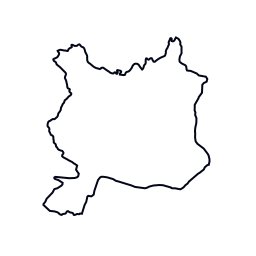 Concepción Las Minas, Chiquimula, Guatemala, rotated 101°
{"feature_id": "79465075B28925037655820", "entity_name": "Concepción Las Minas", "entity_type": "district", "adm_level": 2, "iso_a3": "GTM", "parent_name": "Guatemala", "parent_adm1": "Chiquimula", "projection": "mercator", "projection_center": [-89.467, 14.489], "detail": "fine", "context": "isolated", "style": "outline", "palette": "ink", "viewbox_px": 256, "rotation_deg": 101, "n_neighbors": 0, "source": "geoboundaries", "source_scale": "gbopen_adm2", "svg_char_len": 5822}
<svg xmlns="http://www.w3.org/2000/svg" viewBox="0 0 256 256"><g transform="rotate(101 128 128)"><path d="M65.7,211.8L66.7,211.0L67.1,210.3L67.6,209.9L68.3,209.8L69.0,209.8L69.8,210.0L70.5,210.3L71.1,210.5L71.6,210.7L72.4,211.4L73.9,213.3L74.1,213.8L74.7,214.4L75.2,214.3L75.9,213.9L76.3,213.5L76.6,212.8L76.9,212.0L77.4,211.2L78.3,210.7L78.8,210.4L79.3,210.1L79.5,209.6L79.8,209.1L81.2,206.4L82.0,205.2L83.6,202.9L84.7,201.3L85.1,200.6L86.0,199.5L86.9,199.2L87.9,199.2L89.9,199.6L90.7,199.5L91.5,199.1L93.1,197.9L93.7,197.6L96.7,196.3L97.4,196.0L99.0,195.5L99.6,195.3L100.4,194.7L100.7,193.7L100.8,193.0L101.2,192.5L102.0,192.5L102.6,192.7L103.2,192.5L103.9,192.0L104.2,191.5L104.5,190.8L105.1,190.2L105.6,190.2L106.2,190.3L106.8,190.6L107.7,191.5L108.5,192.3L109.0,192.6L111.2,193.8L111.7,194.3L112.4,194.9L113.1,195.4L114.0,195.5L115.0,195.6L115.4,195.7L116.3,196.2L116.9,196.6L117.5,196.8L118.4,196.9L119.2,197.1L120.0,197.4L120.8,197.6L121.9,197.6L122.3,197.5L123.4,197.6L124.7,198.0L126.2,198.8L126.6,199.0L127.4,199.2L129.0,199.2L129.5,199.3L130.1,199.4L130.7,199.7L132.7,201.3L133.3,201.8L133.5,202.7L133.5,203.4L134.8,205.0L135.5,205.4L136.1,206.3L136.6,207.0L137.2,207.3L137.7,207.5L138.5,207.6L139.7,207.6L140.6,207.5L141.6,207.2L142.2,206.6L142.6,205.9L143.2,205.3L144.0,205.0L144.7,204.9L145.2,204.9L146.0,204.8L146.6,204.5L147.5,203.7L149.2,202.6L149.7,201.8L149.7,201.3L149.8,200.8L150.1,200.3L150.8,199.7L151.3,199.5L152.7,199.2L153.6,199.0L154.1,198.6L154.8,198.4L155.6,198.3L156.2,198.2L156.8,197.6L157.5,196.2L158.1,195.7L159.8,195.1L160.3,194.5L160.6,193.9L161.2,193.4L161.9,192.9L162.2,192.5L162.5,191.9L162.8,190.5L163.1,188.1L163.4,187.7L164.0,187.1L164.5,186.7L165.2,186.6L165.8,186.7L166.4,187.1L167.2,187.4L167.9,187.4L168.4,187.1L168.7,186.7L169.0,186.1L169.2,185.6L170.5,181.4L170.9,180.4L171.3,179.1L171.9,176.9L172.0,176.4L173.1,174.4L173.4,173.3L173.7,172.7L174.5,170.8L178.9,171.0L181.7,168.2L182.2,167.6L184.9,167.7L186.0,168.5L187.2,170.6L188.5,176.1L189.8,189.8L190.5,190.8L191.0,190.9L191.6,190.5L191.9,190.0L192.0,189.5L192.4,186.4L194.3,181.7L195.9,181.6L197.1,182.2L200.7,185.9L201.4,187.5L202.2,188.7L205.7,189.7L213.0,194.4L216.2,195.1L218.6,196.4L219.7,196.3L224.3,188.9L223.9,184.5L224.1,181.8L224.6,180.0L225.5,179.0L226.0,177.1L225.9,176.4L225.2,176.0L224.8,175.3L224.5,174.6L224.3,173.8L223.9,173.1L223.5,172.8L222.8,172.4L222.2,172.3L221.5,171.9L221.2,171.5L221.1,170.9L221.7,169.5L221.9,168.8L221.9,168.0L221.9,167.0L222.0,166.3L222.3,165.6L222.9,165.2L223.6,164.7L223.7,164.2L223.0,162.8L222.5,162.1L222.1,161.6L222.0,160.5L222.0,159.7L221.7,159.2L221.2,158.9L221.0,158.2L221.0,156.9L211.8,155.9L208.5,154.9L203.1,154.8L202.2,154.1L202.1,151.0L201.4,150.2L199.9,149.0L196.0,149.0L184.9,147.5L181.9,146.0L181.0,144.9L180.6,143.0L180.4,138.9L181.0,132.9L182.2,129.6L182.3,127.4L183.7,113.9L184.5,109.9L183.9,99.7L182.7,97.4L181.7,96.4L179.6,92.1L178.0,86.4L177.5,82.8L178.2,74.5L178.7,73.9L178.6,72.0L178.2,70.4L178.2,65.0L177.4,63.9L175.6,62.1L173.1,60.7L171.3,59.0L168.9,57.9L159.5,50.5L157.8,48.6L157.2,48.2L154.3,45.7L151.9,45.1L149.8,43.5L149.4,43.0L149.0,42.6L148.7,41.7L145.4,41.6L143.0,42.1L139.5,43.7L138.1,44.9L133.7,49.8L130.3,56.8L128.3,59.0L124.7,60.3L119.9,61.1L119.2,61.5L115.1,62.0L110.0,61.9L105.3,62.7L103.9,63.6L102.3,64.6L99.8,64.8L98.2,65.9L92.4,66.9L85.4,64.5L84.1,64.4L79.3,62.1L71.3,63.3L69.3,62.1L67.6,59.7L64.8,59.5L62.8,61.3L62.9,68.5L61.4,70.9L60.0,77.3L60.3,80.9L59.5,81.6L56.5,82.6L55.5,83.6L54.3,87.8L53.1,89.9L51.3,90.6L47.8,90.7L44.5,89.7L37.9,91.0L36.8,92.0L35.7,92.8L34.3,92.8L32.9,93.5L30.9,95.4L30.0,98.2L31.4,98.7L32.4,98.9L33.2,99.2L33.9,99.7L34.4,100.5L34.4,101.0L34.3,101.8L33.4,102.0L32.5,102.0L32.0,102.2L31.6,103.0L31.8,103.5L32.8,103.8L33.3,103.8L34.3,104.0L34.8,104.2L35.4,104.4L36.2,104.4L36.7,104.3L37.3,104.0L37.8,103.8L38.7,103.9L39.9,104.2L40.5,104.3L42.0,104.6L42.7,104.9L43.6,105.3L44.4,105.4L45.5,105.5L46.9,105.2L49.0,105.3L49.9,105.5L50.5,106.1L50.9,106.6L51.7,107.9L52.9,109.6L55.0,111.9L55.4,112.2L55.8,112.7L56.3,113.0L57.1,113.8L57.7,114.2L58.1,115.0L57.9,115.6L57.5,116.0L56.8,116.7L55.5,117.6L55.0,118.1L55.1,118.9L55.4,119.4L56.1,119.9L56.6,120.3L57.0,120.8L56.9,121.5L56.4,122.2L56.1,122.9L56.2,123.4L56.7,123.6L57.9,123.6L60.6,123.1L61.5,123.1L62.2,123.4L62.9,123.9L63.4,124.1L64.9,124.3L65.6,124.3L66.1,124.4L66.9,124.6L67.4,124.9L67.9,125.3L65.6,128.0L64.7,128.8L64.0,129.5L63.6,130.2L63.3,130.9L63.3,132.0L63.4,132.8L63.8,133.6L64.1,134.1L64.9,134.7L65.9,135.2L66.4,135.4L67.4,135.6L68.5,135.9L69.0,136.1L70.6,136.9L71.3,137.3L71.9,137.8L72.6,138.6L73.3,140.1L73.8,140.5L74.6,140.9L75.2,141.0L75.9,141.0L76.5,141.3L76.8,142.0L76.9,142.6L77.1,146.2L76.2,146.3L75.4,146.0L74.7,145.5L74.0,145.4L73.6,145.7L73.3,146.2L73.2,146.8L73.2,148.9L73.2,149.5L74.0,149.7L74.7,149.3L75.0,148.9L75.5,148.7L76.3,148.8L76.9,149.2L77.0,149.7L76.0,150.8L75.8,151.4L76.1,151.9L77.1,152.6L77.4,153.5L77.4,154.0L77.3,154.6L77.2,155.4L77.0,156.1L76.4,157.3L74.9,160.9L73.9,163.0L73.7,163.6L73.6,164.2L73.7,164.9L74.1,165.7L74.5,165.9L75.0,166.2L75.5,166.9L75.4,168.1L75.3,169.2L75.3,170.3L75.1,171.3L74.8,172.3L74.6,172.9L73.8,174.6L73.5,175.1L73.2,175.6L72.3,177.2L72.0,177.8L71.8,178.4L71.5,179.0L71.0,179.8L70.6,180.2L69.9,180.6L69.1,181.0L66.4,181.6L65.6,181.7L65.0,181.9L64.6,182.1L63.4,183.0L62.4,183.7L61.9,184.2L61.5,184.5L60.8,184.8L60.1,185.1L59.2,185.6L58.3,186.2L57.7,186.7L57.4,187.4L57.2,188.3L56.9,189.4L55.5,191.1L55.2,191.7L55.7,192.7L56.9,193.7L57.3,194.5L57.5,195.3L57.6,196.1L57.4,196.8L57.1,197.5L57.0,198.2L57.0,198.9L57.3,199.3L58.0,199.2L58.5,198.8L59.2,198.6L59.8,199.0L60.3,199.8L60.7,200.3L61.2,200.8L62.0,201.4L62.6,201.5L63.2,201.6L63.9,201.9L64.0,202.8L63.9,203.4L63.9,203.9L64.1,205.6L64.1,206.4L64.1,208.8L64.2,209.6L64.8,210.7L65.7,211.8Z" fill="none" stroke="#020617" stroke-width="2"/></g></svg>